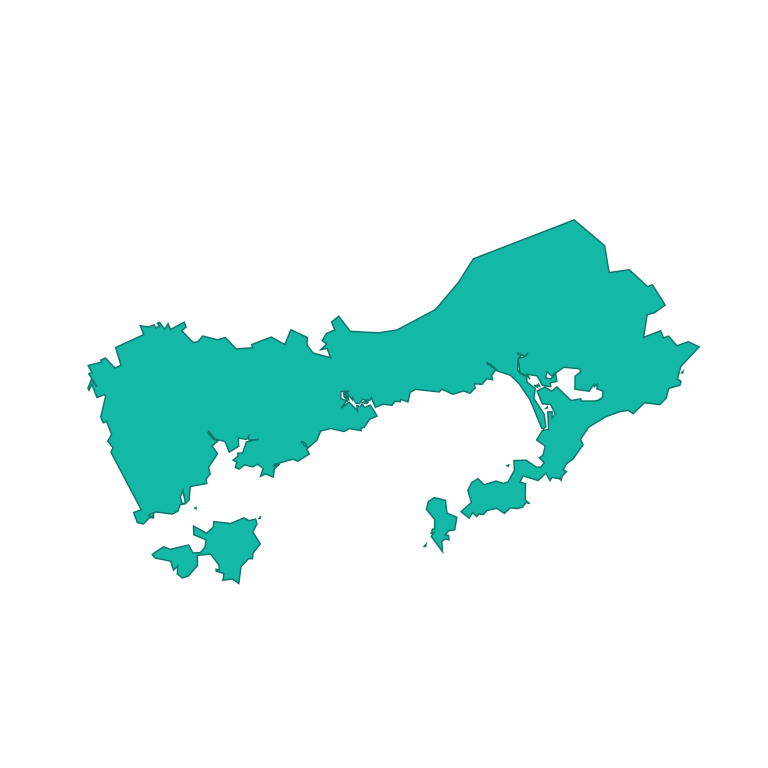 outline of Glamorgan-Spring Bay, Tasmania, Australia, rotated 58°
{"feature_id": "25037944B36269977330964", "entity_name": "Glamorgan-Spring Bay", "entity_type": "district", "adm_level": 2, "iso_a3": "AUS", "parent_name": "Australia", "parent_adm1": "Tasmania", "projection": "orthographic", "projection_center": [148.12, -42.278], "detail": "fine", "context": "isolated", "style": "filled", "palette": "teal", "viewbox_px": 768, "rotation_deg": 58, "n_neighbors": 0, "source": "geoboundaries", "source_scale": "gbopen_adm2", "svg_char_len": 6185}
<svg xmlns="http://www.w3.org/2000/svg" viewBox="0 0 768 768"><g transform="rotate(58 384 384)"><path d="M466.0,103.7L442.1,103.8L441.2,108.8L417.1,115.5L408.8,134.1L383.7,123.6L345.6,135.8L325.2,241.8L337.3,267.0L348.1,300.7L345.1,344.2L337.8,361.4L321.5,384.7L302.6,386.5L303.6,395.6L312.1,397.0L310.6,406.0L314.5,413.5L319.6,411.5L321.4,419.4L323.7,413.3L333.5,415.4L320.0,427.8L310.0,428.6L303.8,424.4L288.7,434.2L298.0,447.2L284.4,454.8L280.5,475.1L283.6,476.4L275.9,490.8L260.5,493.9L258.3,501.8L247.3,512.2L249.4,519.3L247.8,523.9L231.5,527.3L230.8,521.6L225.7,520.6L224.7,536.1L218.5,535.2L221.3,541.1L212.8,541.7L212.4,544.0L216.2,543.8L215.4,548.0L212.0,547.5L211.1,553.2L205.4,559.8L214.8,561.6L210.9,592.3L228.7,597.1L227.9,603.7L214.3,606.5L213.7,611.5L215.8,611.9L211.5,625.1L219.5,625.5L219.0,629.0L234.0,628.8L225.4,630.0L230.6,637.2L233.0,637.5L229.5,631.9L243.3,634.5L244.8,626.7L247.1,626.7L261.9,641.7L268.1,642.7L268.8,639.1L282.3,641.6L286.2,648.6L294.3,647.4L297.2,651.7L362.0,656.5L360.3,664.4L370.8,666.6L375.2,662.2L373.0,653.4L375.5,650.5L372.4,648.5L373.0,650.7L371.3,653.2L370.4,652.2L371.6,645.3L382.2,632.3L382.6,626.1L378.2,620.8L380.0,616.8L379.8,615.9L378.6,618.4L372.1,616.8L367.4,610.9L380.1,615.6L379.1,610.8L368.2,602.6L374.5,587.0L370.3,585.4L368.2,579.1L361.7,576.9L354.9,562.1L345.5,562.7L344.2,554.8L340.7,557.8L332.3,559.1L331.6,558.7L331.3,557.6L340.8,556.7L348.5,549.3L359.8,551.3L359.8,540.2L352.5,536.2L358.0,530.3L357.8,527.7L356.5,527.1L356.5,526.5L356.1,525.7L356.0,525.3L356.0,525.1L356.2,524.9L356.0,525.3L356.6,526.4L356.6,527.0L360.2,528.2L364.5,519.3L360.2,531.4L367.5,540.3L365.2,544.9L367.9,546.1L368.5,552.3L372.3,550.3L376.0,554.2L379.3,552.0L378.8,544.9L384.8,539.2L385.0,533.8L391.6,531.1L396.9,537.6L397.4,532.2L404.3,527.1L397.9,522.2L396.7,515.0L395.3,521.2L394.0,520.2L399.4,501.3L403.9,497.9L403.7,484.3L399.2,484.3L395.8,482.6L393.8,484.5L391.3,483.5L390.2,485.0L389.5,485.0L389.2,484.5L388.7,484.8L390.8,482.7L395.9,482.2L398.0,483.2L396.1,470.7L390.3,462.7L393.6,452.6L403.1,443.1L403.6,436.6L411.4,428.2L409.1,427.2L410.3,423.8L406.2,414.7L407.5,406.8L394.7,406.8L393.6,412.9L389.2,413.2L390.6,416.0L388.0,418.5L392.6,420.6L380.9,423.2L381.8,433.0L378.5,424.7L373.5,428.3L367.6,424.6L369.8,420.3L370.0,422.7L372.0,424.0L373.4,424.3L370.8,420.6L370.6,419.2L371.2,417.9L373.5,423.8L376.1,421.0L373.8,419.9L380.4,419.2L377.9,417.7L385.6,418.0L387.6,415.1L385.6,410.4L390.5,405.0L388.8,402.1L399.2,403.7L400.7,395.3L406.2,388.6L404.6,383.8L407.8,379.5L405.8,377.9L411.9,373.2L405.0,366.3L405.2,360.1L420.0,341.4L419.1,337.6L429.2,331.1L432.1,320.2L437.4,315.9L435.6,308.7L431.6,307.4L436.2,301.0L434.0,294.0L437.9,289.6L433.7,288.2L431.0,281.3L429.5,282.5L428.5,282.6L427.2,282.1L427.2,283.5L426.9,283.8L426.2,284.0L425.4,284.1L424.6,283.9L424.1,283.1L423.5,284.9L422.8,285.6L421.7,285.8L421.0,285.6L420.3,285.3L424.1,283.0L426.7,283.8L427.1,283.4L426.9,282.8L427.3,282.0L432.0,280.8L432.4,281.5L443.5,272.2L455.7,269.2L474.8,268.5L504.9,273.6L506.7,272.7L506.0,269.3L494.2,264.2L475.7,264.6L468.0,258.1L458.3,261.7L453.3,259.2L446.3,263.3L442.6,263.1L433.6,257.0L432.6,252.4L429.8,254.6L429.1,254.6L428.7,254.2L428.2,254.3L435.4,249.7L434.1,246.9L433.8,245.3L435.5,249.6L433.7,256.7L446.3,262.6L453.7,258.2L457.3,257.6L451.5,257.6L458.3,249.8L469.0,250.4L474.6,244.0L471.1,242.3L473.4,236.0L466.5,233.1L468.0,239.7L464.4,243.9L460.0,239.2L465.9,237.7L465.1,222.6L475.0,209.8L477.9,210.8L478.6,217.7L489.5,224.9L498.8,213.9L495.6,206.3L497.6,207.0L497.2,203.4L500.9,206.0L505.8,202.2L511.0,205.5L511.5,207.2L511.7,209.3L510.2,214.1L502.9,225.8L500.8,225.0L497.2,234.1L478.1,238.9L479.0,245.6L472.0,249.2L471.0,257.9L484.7,260.2L489.6,253.6L500.3,254.6L502.0,259.6L496.7,256.2L494.5,259.9L509.8,268.4L507.5,274.6L512.4,284.3L522.0,280.1L528.6,286.9L528.9,291.3L535.8,289.8L537.6,295.0L535.4,298.8L523.9,303.9L517.8,314.4L526.3,319.2L532.7,330.6L531.8,335.2L525.7,340.5L522.5,352.5L514.1,354.5L514.1,361.9L518.6,369.3L530.8,372.6L533.1,386.4L542.9,382.8L540.0,377.0L545.6,375.6L544.3,372.7L547.3,368.9L545.9,363.6L549.1,354.3L557.5,350.5L556.0,342.7L560.6,336.4L561.9,331.6L559.7,326.5L562.6,323.8L557.2,325.7L543.6,316.8L539.5,320.7L535.4,314.9L547.5,304.5L545.5,294.0L553.9,294.4L552.2,291.0L557.3,285.5L555.1,275.7L551.7,277.4L548.3,271.6L547.8,263.5L541.0,247.4L535.1,246.8L529.0,233.3L529.3,213.2L532.4,198.8L535.7,191.0L541.2,188.3L537.9,173.1L547.6,161.0L545.6,152.2L538.6,144.9L541.9,133.8L539.1,130.7L535.4,132.7L526.3,122.9L519.6,97.1L509.4,103.5L506.9,115.3L494.1,117.3L493.0,122.6L485.5,121.2L482.0,139.2L464.7,124.1L466.9,117.0L466.0,103.7ZM429.6,629.0L426.1,635.6L417.0,635.0L411.0,652.8L405.2,657.4L405.7,670.9L410.4,670.2L421.2,658.8L430.3,661.1L429.1,655.5L435.5,659.9L441.7,657.7L443.2,651.7L439.0,638.3L430.4,633.2L436.3,621.2L450.3,619.9L454.4,622.3L452.1,624.6L453.8,625.5L460.0,620.2L465.1,624.6L468.9,616.1L476.2,612.8L463.3,602.3L460.3,591.4L462.4,588.2L458.1,584.7L454.0,573.7L440.1,573.7L435.3,565.9L430.5,564.5L428.3,571.0L423.3,573.8L421.1,587.9L410.5,601.3L414.9,604.6L416.6,613.4L403.6,620.9L411.0,625.2L422.0,617.4L427.8,622.5L429.6,629.0ZM534.0,418.1L532.7,419.8L535.7,423.1L536.5,420.4L538.3,424.7L557.2,423.2L548.2,418.5L547.7,413.9L550.7,411.6L546.6,409.5L544.3,412.0L542.8,407.1L545.1,401.3L535.6,392.9L526.8,399.0L515.2,393.5L507.0,401.6L507.2,408.5L512.6,414.5L525.7,412.8L534.0,418.1ZM388.5,411.8L391.4,409.2L391.0,407.2L388.5,408.8L388.5,411.8ZM466.0,253.2L466.2,254.9L468.3,253.3L466.0,253.2ZM542.2,433.3L543.0,436.1L543.9,434.9L542.2,433.3ZM465.9,255.8L464.7,257.5L467.7,255.8L465.9,255.8ZM430.9,558.9L431.8,561.0L432.2,560.0L430.9,558.9ZM533.0,124.9L531.7,123.8L532.2,125.7L533.0,124.9ZM490.1,257.7L490.4,259.4L490.9,258.0L490.1,257.7ZM519.5,322.4L518.7,321.3L518.5,322.9L519.5,322.4ZM375.4,423.3L374.5,424.3L376.6,424.0L375.4,423.3ZM558.6,283.9L558.8,285.0L559.5,284.9L558.6,283.9ZM389.1,608.9L388.9,610.1L390.2,609.6L389.1,608.9ZM378.4,422.2L376.6,421.3L375.9,421.8L376.1,422.8L377.4,422.7L378.4,422.2ZM379.1,424.1L378.3,422.5L377.5,423.4L378.6,424.1L379.1,424.1ZM511.2,209.9L511.3,207.3L511.0,208.5L511.2,209.9Z" fill="#14b8a6" stroke="#0f766e" stroke-width="1.5"/></g></svg>